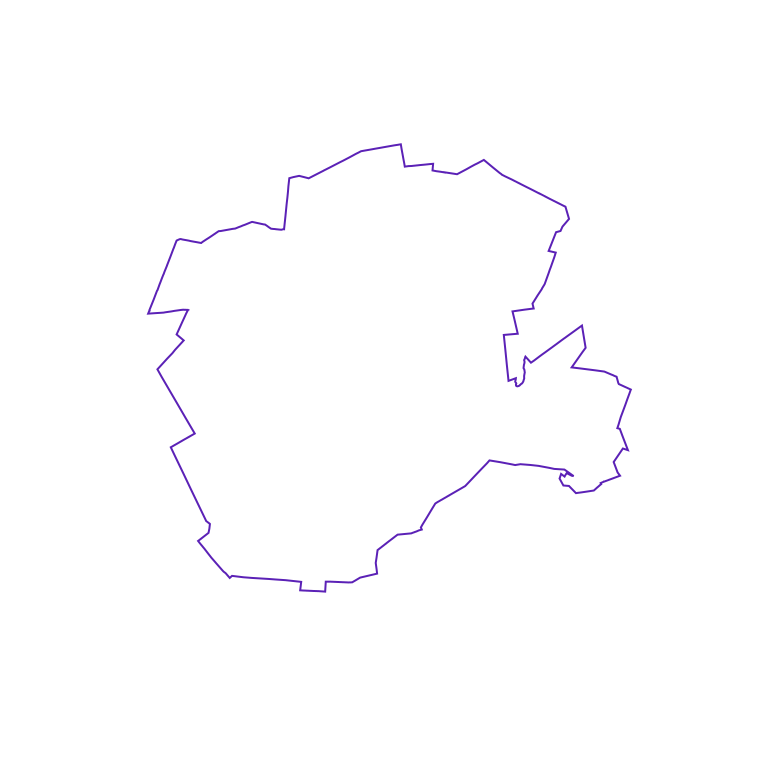 Vectilžas pag., Balvu, Latvia (Albers equal-area conic projection), rotated 209°
{"feature_id": "27541924B22199662205944", "entity_name": "Vectilžas pag.", "entity_type": "district", "adm_level": 2, "iso_a3": "LVA", "parent_name": "Latvia", "parent_adm1": "Balvu", "projection": "albers", "projection_center": [27.36, 56.987], "detail": "fine", "context": "isolated", "style": "outline", "palette": "violet", "viewbox_px": 768, "rotation_deg": 209, "n_neighbors": 0, "source": "geoboundaries", "source_scale": "gbopen_adm2", "svg_char_len": 5638}
<svg xmlns="http://www.w3.org/2000/svg" viewBox="0 0 768 768"><g transform="rotate(209 384 384)"><path d="M563.4,510.4L563.3,510.2L561.2,505.6L559.0,500.5L556.4,494.2L551.6,483.1L546.6,471.3L546.4,470.9L547.1,470.6L547.6,470.1L548.4,469.3L548.7,469.1L549.8,468.6L553.3,467.1L554.0,466.8L554.4,466.7L554.8,466.5L556.3,465.8L557.8,465.2L558.0,465.1L558.3,465.1L558.5,465.1L560.8,465.3L563.0,465.6L565.4,465.8L566.5,465.3L571.8,463.7L577.8,461.9L578.2,461.6L579.6,459.9L580.8,458.4L582.0,456.9L582.4,456.4L582.8,455.9L583.6,455.0L584.4,454.1L585.7,452.4L587.1,450.8L588.3,449.3L589.5,447.8L591.6,446.3L592.8,445.3L600.9,438.7L602.7,437.5L607.1,428.8L608.2,426.7L609.4,424.5L610.4,422.6L611.4,420.7L611.8,419.8L612.3,418.8L612.3,418.7L612.5,418.6L617.0,417.1L619.0,416.4L621.1,415.7L622.6,415.2L624.1,414.8L625.3,414.4L626.5,414.0L628.5,413.3L630.6,412.6L631.5,412.4L632.3,412.1L632.6,411.9L633.3,411.1L634.0,410.2L634.4,409.6L634.9,409.0L634.9,408.8L634.9,408.6L634.4,404.8L633.8,401.0L633.8,400.8L633.8,400.5L632.5,391.6L631.3,382.8L631.3,382.6L631.2,382.4L630.8,379.1L630.4,375.7L630.2,374.5L630.0,373.4L630.0,373.1L630.0,372.8L629.8,371.1L629.6,369.5L629.3,367.4L629.0,365.4L628.8,363.9L628.6,362.3L628.1,359.3L627.6,356.2L627.7,355.8L627.7,355.3L626.4,346.3L626.1,343.9L625.0,335.0L624.6,334.6L624.8,334.4L624.6,332.8L624.4,331.2L621.0,333.4L617.6,335.6L614.6,337.5L611.5,339.5L609.9,340.8L608.2,342.1L605.4,344.2L602.7,346.4L599.9,348.5L597.0,350.7L596.5,351.0L596.0,351.4L593.9,352.5L591.7,353.6L591.4,353.8L591.2,353.8L591.3,353.6L591.4,353.3L591.3,352.7L591.3,352.1L591.2,349.6L591.0,347.2L590.7,343.2L590.4,339.2L589.9,333.0L589.4,326.8L584.8,325.9L580.3,325.0L583.3,312.6L584.0,308.4L585.9,301.2L588.8,289.0L589.3,287.0L582.2,282.6L567.6,273.9L555.3,266.6L541.4,258.3L525.5,248.9L532.4,237.6L539.8,225.3L531.4,219.3L515.7,208.2L501.0,197.7L485.3,186.6L473.0,177.9L468.6,177.3L468.4,177.2L466.6,172.8L465.3,168.7L467.9,162.6L470.5,156.6L467.7,155.4L460.8,152.7L459.7,152.2L455.5,150.4L450.8,148.4L449.4,147.9L443.7,145.8L438.4,143.9L434.8,142.6L433.6,142.2L432.0,141.9L431.4,141.9L430.6,141.7L424.9,139.6L424.7,140.2L423.9,142.5L413.3,146.8L405.4,150.4L390.3,157.6L384.2,160.4L375.0,164.7L360.5,170.8L359.1,167.4L357.3,162.9L355.0,164.0L345.7,168.6L340.8,171.1L334.8,173.9L339.1,182.9L335.5,184.9L318.7,193.3L315.7,195.1L314.2,197.6L311.0,203.1L298.1,214.8L300.6,218.3L304.5,223.5L306.3,228.4L309.1,235.6L307.9,238.4L303.3,249.2L299.1,258.8L287.7,266.6L287.1,267.4L285.5,269.2L285.4,269.4L284.8,270.0L284.2,270.7L283.4,271.7L282.6,272.8L281.5,273.9L280.4,275.0L281.3,275.7L282.2,276.4L282.2,277.3L282.2,278.3L282.2,278.9L282.2,279.5L281.8,288.2L281.6,294.2L281.4,299.6L281.2,304.3L280.1,306.4L266.0,329.9L263.5,334.1L262.5,337.9L260.4,346.1L257.6,356.8L255.5,364.6L254.7,368.3L249.4,370.2L244.1,372.1L232.9,375.8L230.0,376.7L225.8,380.0L216.6,384.2L209.2,387.3L198.4,390.9L194.5,392.1L194.1,392.2L184.8,396.6L184.3,396.6L173.5,395.4L175.2,394.8L181.0,394.6L181.2,392.3L181.2,392.0L181.2,390.6L185.5,391.2L184.6,386.4L177.9,382.2L172.8,384.5L169.5,383.5L166.8,382.7L163.2,381.6L161.8,382.7L159.2,384.6L153.7,388.8L148.8,392.6L147.3,397.0L147.2,397.2L145.9,400.8L145.5,401.7L146.5,402.4L144.4,405.1L144.4,405.3L144.1,405.4L133.1,418.2L136.8,419.9L145.3,427.1L144.2,438.9L143.8,443.4L138.6,444.4L150.4,454.3L156.0,459.1L158.5,458.5L159.2,462.3L160.4,467.7L160.9,470.0L161.6,474.7L162.8,482.6L163.8,488.6L164.8,495.1L165.3,498.0L165.4,498.8L178.6,497.8L179.6,498.5L184.1,503.1L186.3,502.8L188.3,502.7L189.6,502.5L197.3,501.7L205.8,498.4L220.3,492.6L227.9,489.5L225.9,508.0L225.2,513.4L231.7,521.6L239.2,531.1L243.5,521.9L247.6,513.2L247.7,512.9L248.7,510.9L255.3,496.5L258.5,489.6L259.8,486.9L261.4,483.4L264.1,477.3L265.8,473.9L273.5,476.5L273.4,475.8L273.5,475.7L273.3,475.3L273.1,474.4L273.1,473.4L273.0,472.8L272.1,471.9L271.7,471.3L271.2,470.0L270.9,468.6L270.6,467.9L269.9,466.1L269.5,465.4L268.4,464.8L267.5,463.7L266.4,462.2L266.2,461.4L265.7,460.0L265.4,459.1L264.8,458.0L264.1,456.9L263.9,456.0L263.8,455.3L263.4,453.8L263.4,453.3L263.5,451.8L263.7,451.1L264.1,450.5L264.4,449.5L264.5,449.1L264.7,448.8L264.7,448.5L264.8,448.2L265.3,447.5L266.1,446.7L267.0,446.4L267.7,446.6L268.4,447.6L268.5,448.5L268.9,448.9L269.8,449.2L270.4,449.7L270.9,451.3L271.0,451.9L271.5,453.0L276.6,447.1L285.5,459.8L294.7,473.1L303.0,485.0L291.4,492.8L301.3,503.8L306.8,509.8L297.2,517.1L289.7,522.6L289.9,522.8L293.1,526.3L292.6,536.0L292.0,543.4L292.1,544.2L292.1,544.4L291.9,549.2L293.8,561.0L294.4,564.3L294.8,567.2L295.3,570.1L295.9,573.7L296.5,577.3L297.0,579.8L297.5,582.2L301.0,581.2L304.5,580.2L306.0,591.8L307.1,600.2L303.8,603.4L304.2,608.2L303.1,613.6L302.2,618.1L308.3,624.1L311.2,627.0L328.7,626.3L340.6,626.0L340.6,625.9L347.3,625.7L352.5,625.5L354.4,625.4L357.0,625.3L359.7,625.2L368.1,624.9L371.4,624.8L379.2,624.3L380.0,624.3L382.5,624.2L382.9,624.4L383.5,624.5L384.6,624.6L384.8,624.6L394.3,626.3L405.3,628.4L409.3,622.2L411.0,619.8L413.3,616.2L416.0,611.8L421.8,602.9L430.2,599.8L433.7,598.5L433.6,598.4L437.3,597.1L441.4,595.5L445.1,594.3L447.8,600.4L450.6,598.5L454.6,595.7L458.4,593.1L465.8,587.9L468.0,586.6L469.6,585.4L471.2,584.2L473.6,587.2L476.1,590.2L479.3,594.1L482.5,598.0L484.0,599.9L485.5,601.8L488.0,599.8L490.6,597.8L493.2,595.7L495.8,593.6L502.2,588.4L505.8,585.5L508.6,583.2L511.7,580.7L516.9,576.5L518.6,573.9L520.2,571.6L523.5,566.4L524.4,565.0L528.1,559.4L529.9,556.8L531.3,554.7L536.5,546.9L538.0,544.7L539.0,543.2L540.0,541.8L540.2,541.4L549.6,527.4L549.8,527.4L550.0,527.3L554.6,526.1L559.1,524.9L562.0,522.4L563.6,521.0L566.6,518.1L563.4,510.4Z" fill="none" stroke="#5b21b6" stroke-width="2"/></g></svg>